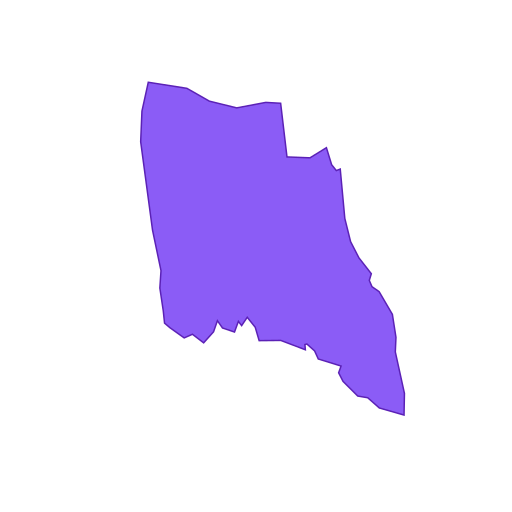 Ongar Lea-5, Fingal, Ireland, rotated 250°
{"feature_id": "5873133B74097350408695", "entity_name": "Ongar Lea-5", "entity_type": "district", "adm_level": 2, "iso_a3": "IRL", "parent_name": "Ireland", "parent_adm1": "Fingal", "projection": "equal_earth", "projection_center": [-6.436, 53.396], "detail": "fine", "context": "isolated", "style": "filled", "palette": "violet", "viewbox_px": 512, "rotation_deg": 250, "n_neighbors": 0, "source": "geoboundaries", "source_scale": "gbopen_adm2", "svg_char_len": 849}
<svg xmlns="http://www.w3.org/2000/svg" viewBox="0 0 512 512"><g transform="rotate(250 256 256)"><path d="M71.0,319.9L55.9,340.7L76.1,348.5L118.2,354.1L131.7,359.7L154.5,364.2L180.4,359.5L187.5,354.5L194.3,354.1L199.9,358.3L219.0,352.1L237.1,349.8L260.9,352.3L308.9,364.9L308.8,360.7L315.9,358.3L333.7,359.2L329.8,340.3L338.5,319.0L391.1,331.4L397.0,317.7L401.8,288.5L417.5,265.1L437.2,248.4L456.1,214.2L431.2,198.4L402.8,186.7L315.6,167.6L274.7,161.7L258.8,154.7L236.2,150.1L224.2,147.1L218.0,150.6L203.6,160.5L204.2,169.5L192.3,177.1L199.3,190.2L208.4,197.6L199.8,199.9L191.9,209.8L200.6,217.1L195.5,218.7L201.4,226.8L189.3,230.9L175.4,230.0L168.2,250.4L151.0,270.3L156.1,271.7L155.9,273.7L146.8,278.6L137.9,279.3L123.5,298.3L118.0,293.7L108.4,294.9L89.6,303.7L84.6,312.5L71.0,319.9Z" fill="#8b5cf6" stroke="#5b21b6" stroke-width="1.5"/></g></svg>